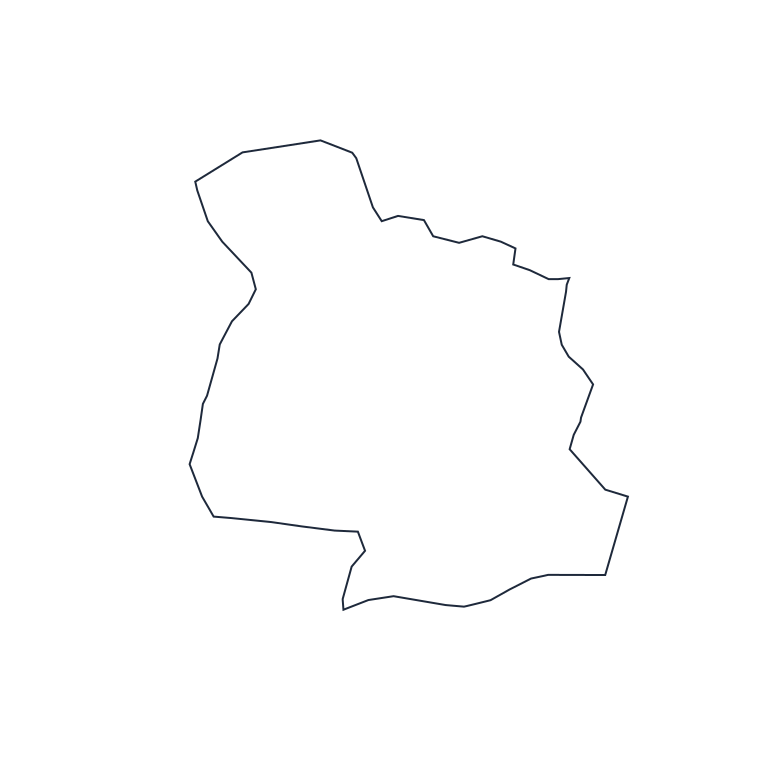 outline of Moba, Ekiti, Nigeria, rotated 243°
{"feature_id": "59680162B58812788921078", "entity_name": "Moba", "entity_type": "district", "adm_level": 2, "iso_a3": "NGA", "parent_name": "Nigeria", "parent_adm1": "Ekiti", "projection": "equal_earth", "projection_center": [5.122, 7.996], "detail": "fine", "context": "isolated", "style": "outline", "palette": "slate", "viewbox_px": 768, "rotation_deg": 243, "n_neighbors": 0, "source": "geoboundaries", "source_scale": "gbopen_adm2", "svg_char_len": 1162}
<svg xmlns="http://www.w3.org/2000/svg" viewBox="0 0 768 768"><g transform="rotate(243 384 384)"><path d="M113.4,494.4L172.9,550.2L189.4,533.2L241.6,519.8L252.6,530.0L261.2,541.9L264.6,544.3L288.7,570.1L301.6,568.5L306.6,567.9L324.5,561.0L338.3,560.2L351.0,563.6L383.6,588.1L389.5,591.9L394.3,597.2L398.3,587.0L398.8,585.9L402.7,578.3L419.2,565.6L431.8,553.4L445.1,562.7L457.8,552.7L471.0,538.7L475.7,515.0L493.3,494.9L511.9,494.0L527.4,472.8L530.1,455.9L546.4,454.3L597.8,461.8L604.5,460.7L629.9,438.0L654.6,363.1L650.0,307.7L641.2,305.5L609.0,300.9L584.2,304.5L543.4,316.4L526.6,312.8L516.8,299.7L508.9,277.0L498.2,261.8L493.8,255.6L482.3,247.2L453.9,221.0L448.5,213.6L435.3,204.3L420.3,193.5L409.0,182.5L406.9,180.4L400.8,174.4L366.2,170.8L351.4,171.6L343.2,172.0L334.3,186.4L312.2,220.8L311.3,222.1L294.5,246.0L275.8,273.5L270.9,282.1L264.3,293.7L252.1,292.3L244.0,291.4L236.0,272.3L211.2,249.6L210.4,249.2L201.3,245.4L198.6,272.0L190.6,296.2L159.1,338.5L155.4,344.4L149.3,354.2L148.6,356.9L146.2,367.0L143.2,379.9L143.0,380.8L143.9,402.6L143.9,426.7L140.4,439.7L139.4,443.7L130.1,461.7L113.4,494.4Z" fill="none" stroke="#1e293b" stroke-width="2"/></g></svg>